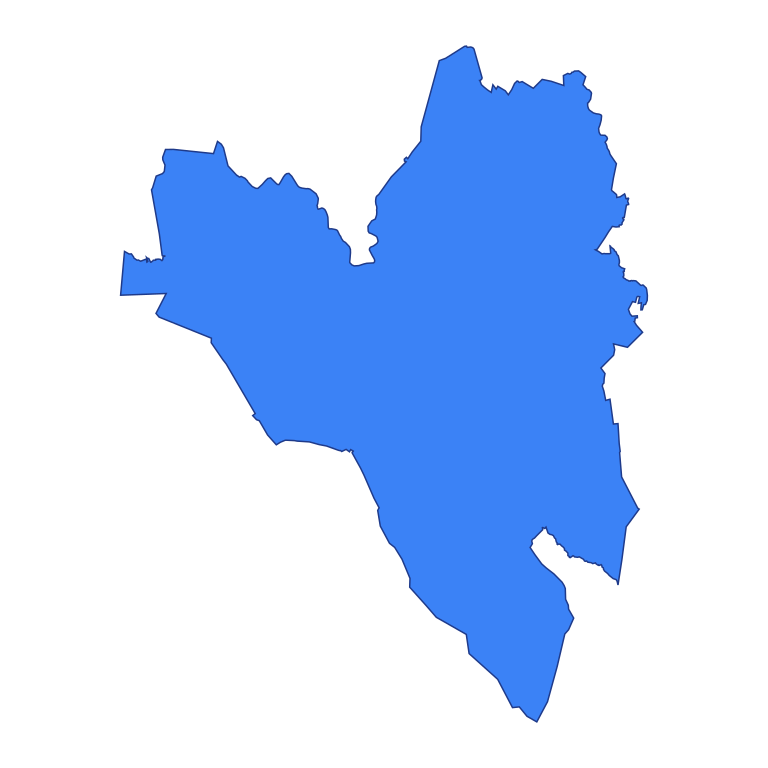 Lagunillas, San Luis Potosí, Mexico
{"feature_id": "50627088B55940986793809", "entity_name": "Lagunillas", "entity_type": "district", "adm_level": 2, "iso_a3": "MEX", "parent_name": "Mexico", "parent_adm1": "San Luis Potosí", "projection": "equal_earth", "projection_center": [-99.616, 21.598], "detail": "fine", "context": "isolated", "style": "filled", "palette": "blue", "viewbox_px": 768, "rotation_deg": 0, "n_neighbors": 0, "source": "geoboundaries", "source_scale": "gbopen_adm2", "svg_char_len": 6082}
<svg xmlns="http://www.w3.org/2000/svg" viewBox="0 0 768 768"><path d="M536.8,721.9L547.5,701.7L557.2,666.4L564.8,634.0L568.6,629.7L573.7,618.1L568.6,609.2L568.3,605.2L565.6,599.3L565.3,588.5L564.1,585.5L562.1,582.2L553.9,573.9L546.4,568.1L541.7,563.9L535.0,554.8L530.1,547.5L532.4,543.7L531.8,541.3L532.0,540.0L533.3,538.7L534.5,538.1L536.5,535.9L542.7,529.7L542.4,527.6L542.7,527.5L544.8,528.5L546.0,527.1L548.0,533.0L550.0,534.4L551.7,534.7L553.4,535.6L554.5,537.9L555.6,538.8L556.3,541.9L557.0,542.6L557.1,544.2L557.7,544.6L558.2,544.1L560.1,544.2L561.6,545.9L562.7,546.6L564.4,548.4L564.5,550.1L566.0,551.1L567.9,553.1L567.9,555.6L569.4,556.6L569.4,557.4L570.3,557.6L573.0,555.7L573.8,556.1L574.5,556.9L577.8,557.3L579.2,556.8L583.5,559.3L584.5,561.0L585.6,561.3L586.7,561.0L587.8,562.2L591.3,562.7L592.7,563.6L595.5,562.9L596.2,564.0L598.3,565.3L598.6,564.9L599.5,565.4L601.1,564.6L601.7,565.2L602.1,567.1L603.2,567.7L603.5,568.7L603.5,569.3L604.5,571.0L607.6,573.5L609.3,575.5L613.2,578.6L615.8,579.5L616.5,580.0L617.2,581.6L618.0,585.0L621.9,559.6L626.2,526.8L639.2,509.1L637.7,508.1L621.6,476.9L619.6,452.5L620.2,451.5L619.2,443.5L618.0,423.6L613.4,424.0L610.0,399.2L605.7,400.4L603.9,391.1L602.3,386.2L602.7,384.3L603.9,383.1L604.2,378.1L605.0,373.6L600.9,368.0L613.6,355.2L614.7,349.7L613.5,343.9L627.5,347.3L642.6,332.3L636.5,325.3L634.1,321.5L634.8,321.2L635.2,318.1L637.4,317.7L637.3,315.8L632.0,316.2L630.0,313.9L628.4,309.3L632.5,301.6L635.5,302.3L636.8,297.3L637.3,296.6L637.9,296.4L639.7,296.7L638.2,303.4L641.4,302.8L641.0,306.5L640.9,309.9L642.3,309.8L643.8,304.7L645.5,304.4L647.2,300.4L647.4,295.5L646.7,289.7L646.2,288.0L643.2,285.1L642.6,285.0L641.5,285.4L640.7,285.3L635.9,280.9L633.5,280.6L632.3,280.9L631.9,280.5L630.1,280.8L630.1,281.1L628.7,281.0L627.9,280.3L626.3,279.8L625.2,278.8L623.5,277.8L623.1,277.0L623.2,276.5L623.8,276.0L623.8,273.9L623.2,271.9L623.4,271.5L624.0,271.6L624.3,271.3L624.2,270.3L624.7,268.8L621.5,267.7L619.1,265.7L618.9,264.4L619.4,262.7L619.4,260.5L618.3,255.8L617.1,254.6L615.9,251.7L614.4,250.8L614.1,249.6L612.6,248.3L611.1,247.4L610.5,246.2L610.0,245.9L610.7,253.2L609.9,253.7L605.1,253.7L604.2,253.5L602.0,253.9L598.6,251.5L595.4,249.8L597.1,249.3L597.4,248.9L605.0,237.6L608.5,231.9L612.3,226.4L616.0,227.0L619.2,226.7L619.0,226.2L619.2,225.3L620.1,224.9L621.0,225.1L622.1,224.1L622.0,222.8L623.9,219.8L623.7,219.2L622.9,218.9L622.6,218.0L623.1,217.5L624.3,217.4L626.4,205.1L628.6,204.5L628.5,203.5L627.7,201.7L627.9,200.3L628.6,198.6L628.4,198.2L628.1,198.1L626.5,198.8L626.0,198.6L625.1,195.1L624.6,193.9L620.2,196.8L616.8,197.5L616.6,194.9L616.0,194.1L611.8,190.6L611.5,189.6L613.4,178.1L616.4,163.7L610.6,155.2L609.8,153.7L609.4,152.0L608.8,150.6L607.2,148.1L607.0,146.5L606.3,144.3L605.1,142.2L606.9,139.9L607.4,138.7L606.9,137.0L605.0,135.3L601.4,135.2L600.6,135.0L599.5,133.3L599.0,131.8L598.6,128.4L600.0,124.7L601.2,120.1L601.6,115.9L600.9,114.8L598.9,114.1L596.3,113.8L593.3,112.9L589.4,110.1L588.4,108.5L587.7,106.0L587.6,103.1L588.5,102.5L590.6,99.2L591.5,93.3L591.2,92.3L589.2,90.0L586.8,89.2L585.6,87.6L583.0,84.8L585.7,76.6L580.8,72.4L578.6,70.9L574.4,71.1L573.2,72.1L571.8,72.3L571.2,73.4L569.6,74.1L567.8,73.4L563.4,75.6L563.8,85.5L551.3,81.3L542.2,79.4L533.3,88.3L522.2,81.6L519.2,82.5L518.1,81.3L517.1,81.0L514.6,83.4L511.7,89.7L508.3,94.8L505.3,90.8L497.8,86.3L496.2,89.1L492.9,84.8L491.2,92.4L487.6,90.0L483.8,86.9L481.4,84.7L480.0,80.9L479.7,80.5L480.6,80.4L480.9,79.6L481.7,79.1L482.1,77.9L474.0,49.1L472.8,47.7L470.8,47.0L467.2,47.4L466.5,46.1L464.6,46.3L445.6,58.3L439.3,60.6L421.2,126.8L420.8,141.2L412.2,152.0L407.8,158.7L406.4,157.3L404.3,159.2L404.5,161.1L406.1,161.8L391.3,176.9L378.9,194.3L376.7,196.2L376.1,197.3L375.7,199.7L375.6,201.8L376.0,204.6L376.6,206.0L376.9,208.4L376.6,209.8L376.8,212.2L376.6,215.0L375.3,219.0L371.7,220.9L368.0,226.3L368.2,231.2L369.2,232.9L371.3,233.6L375.9,236.0L377.1,237.3L378.1,241.3L376.9,243.5L373.4,246.0L370.5,247.2L369.6,248.4L369.4,249.9L372.2,255.4L374.2,258.8L374.7,260.4L374.5,261.9L373.6,262.9L366.7,263.3L363.7,264.0L358.9,265.6L354.2,265.9L351.9,264.9L350.0,262.9L349.7,262.3L350.5,252.8L350.4,249.4L349.4,246.7L345.5,242.5L343.2,241.1L341.4,238.4L340.6,236.3L339.8,235.4L337.5,230.7L336.7,230.0L335.3,229.5L331.6,228.8L329.2,228.9L328.3,227.5L327.9,217.3L327.3,215.0L326.1,211.9L325.0,209.8L323.6,208.6L321.9,208.0L318.5,209.2L317.9,209.0L317.4,207.3L317.4,206.5L317.0,205.7L317.7,203.6L318.3,199.0L318.2,198.1L316.1,193.8L310.0,189.1L307.9,188.6L306.2,188.7L302.0,188.1L299.4,187.3L298.0,186.1L297.0,184.7L291.8,176.3L288.9,173.4L286.6,173.7L285.1,174.8L283.5,176.9L280.3,182.5L278.9,184.6L277.7,184.5L276.6,183.8L270.7,177.9L267.8,178.5L265.6,180.6L262.3,184.4L257.9,188.4L255.8,188.3L252.2,186.5L248.0,182.0L247.4,180.8L245.0,178.3L241.1,176.4L239.4,177.1L237.3,175.5L236.9,175.5L228.0,165.9L223.5,147.8L221.3,144.2L217.5,141.4L213.5,153.6L173.4,149.4L165.5,149.5L162.7,157.2L162.8,159.8L165.0,165.1L164.3,171.5L162.5,173.6L156.2,176.1L152.6,187.9L151.5,189.8L159.3,233.7L162.1,255.1L162.4,255.8L165.4,256.0L163.6,256.6L163.1,257.1L162.8,258.3L163.0,258.7L162.7,259.7L161.9,260.6L160.2,259.3L158.1,259.1L155.6,259.4L155.6,260.2L153.3,260.2L152.9,260.8L150.9,262.3L150.6,262.2L148.8,258.5L147.5,258.3L146.6,257.5L147.8,261.5L146.9,262.1L146.3,259.0L140.7,261.2L138.3,260.0L137.0,260.2L133.9,258.0L133.6,257.0L131.4,253.9L129.1,254.0L124.5,251.4L120.6,295.2L166.2,293.5L156.0,313.4L159.1,317.1L211.4,338.2L211.2,342.7L222.8,359.6L226.3,364.1L255.2,413.6L252.7,415.6L256.5,419.7L259.3,420.7L267.6,435.0L276.3,444.8L280.5,442.2L285.1,440.3L286.0,440.2L294.4,440.6L297.1,441.1L309.4,441.9L319.2,444.6L326.5,446.0L338.5,450.3L339.7,450.6L340.4,450.5L341.7,451.5L346.1,449.4L349.5,451.8L350.7,449.6L353.3,451.1L353.0,451.7L352.2,452.2L352.1,452.8L360.6,468.2L364.1,475.4L374.0,498.2L379.1,507.8L377.7,510.4L380.3,526.1L389.5,543.3L394.7,547.4L402.0,559.2L410.0,578.4L409.7,587.2L426.2,605.6L436.3,617.3L466.3,634.4L469.1,653.6L497.7,679.3L512.5,707.6L519.3,706.9L527.0,716.3L536.8,721.9Z" fill="#3b82f6" stroke="#1e3a8a" stroke-width="1.5"/></svg>